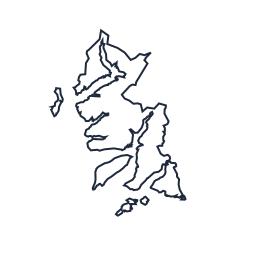 Loppa nor, Finnmark, Norway, rotated 229°
{"feature_id": "86288312B40106717450016", "entity_name": "Loppa nor", "entity_type": "district", "adm_level": 2, "iso_a3": "NOR", "parent_name": "Norway", "parent_adm1": "Finnmark", "projection": "orthographic", "projection_center": [21.938, 70.216], "detail": "fine", "context": "isolated", "style": "outline", "palette": "slate", "viewbox_px": 256, "rotation_deg": 229, "n_neighbors": 0, "source": "geoboundaries", "source_scale": "gbopen_adm2", "svg_char_len": 5891}
<svg xmlns="http://www.w3.org/2000/svg" viewBox="0 0 256 256"><g transform="rotate(229 128 128)"><path d="M194.1,113.5L190.5,113.2L187.3,111.0L186.2,111.6L187.0,113.3L185.6,115.4L186.6,118.3L185.8,119.4L187.9,122.3L186.7,122.7L185.7,121.6L184.5,121.8L184.2,123.5L184.7,125.8L184.4,126.7L185.2,130.0L184.9,131.0L185.2,131.7L184.8,132.8L184.8,135.0L184.2,136.0L184.5,138.8L183.3,141.0L183.7,141.6L183.0,143.8L182.3,144.2L181.8,143.3L181.5,144.0L182.2,145.8L181.8,145.8L181.3,147.3L179.0,148.3L180.5,149.0L180.0,149.7L180.9,151.4L182.3,150.9L183.3,152.0L191.7,150.7L197.4,152.1L198.6,154.2L202.2,154.9L203.4,157.1L207.5,159.8L208.2,160.9L208.0,161.7L208.3,162.6L210.1,163.9L211.0,166.3L208.3,164.1L206.8,165.3L205.9,163.3L204.5,162.0L198.2,159.9L193.5,156.3L188.5,157.3L185.4,156.4L185.4,159.9L184.7,160.3L184.9,162.4L183.9,161.5L182.8,158.9L181.7,160.0L180.8,159.1L180.4,159.8L176.5,158.5L173.0,161.2L170.4,161.6L169.9,160.6L170.0,159.0L168.6,158.4L172.7,155.5L174.5,153.1L174.3,151.4L173.3,151.1L172.2,152.4L171.3,152.1L171.1,151.0L172.5,149.1L173.4,145.4L173.1,144.1L174.0,142.5L174.1,141.9L173.7,141.4L174.1,140.7L173.9,140.7L175.2,138.5L175.8,136.4L176.5,132.3L176.0,131.5L176.4,130.7L176.7,126.3L175.9,124.8L171.6,128.1L170.5,127.2L175.2,122.4L176.4,122.6L176.2,121.5L177.1,120.3L177.1,117.9L176.0,117.7L176.0,115.6L177.1,113.5L176.9,111.1L178.4,109.2L179.9,105.1L178.8,103.4L177.3,103.0L176.7,103.8L175.6,102.1L171.3,100.8L170.9,102.5L169.5,100.7L168.2,100.1L163.8,101.4L160.8,100.8L159.0,103.0L159.2,106.3L159.5,106.7L159.7,107.7L159.4,106.8L158.5,107.2L158.0,107.1L159.2,107.6L159.3,107.8L158.0,107.4L157.9,107.0L158.3,106.8L157.5,106.3L156.7,106.8L155.8,105.3L156.4,107.2L155.4,110.3L155.7,113.0L155.5,115.2L156.2,119.2L153.7,120.0L151.9,122.6L151.0,121.9L151.2,121.3L150.9,121.0L153.2,117.7L152.8,117.1L153.2,113.5L152.4,112.1L152.8,110.7L152.4,108.2L152.8,105.5L154.3,102.7L153.5,100.7L153.8,99.6L153.2,98.2L154.0,95.2L151.3,91.1L149.4,91.3L147.5,92.4L147.4,93.4L146.5,94.6L145.1,95.0L144.2,97.3L143.1,97.9L141.2,101.0L137.0,103.5L135.9,105.4L135.9,103.7L135.4,103.5L136.0,102.3L135.9,101.5L141.9,95.1L143.3,94.5L142.6,92.9L143.1,90.3L143.5,90.1L143.2,87.4L139.8,85.3L135.5,85.3L131.7,90.6L129.5,91.7L127.5,96.0L121.8,104.0L115.9,109.0L115.1,109.0L114.3,111.8L115.2,113.2L114.3,114.2L115.1,114.9L115.1,116.0L113.3,116.0L113.2,117.5L113.9,118.0L112.6,117.5L111.8,118.5L112.7,119.2L113.4,118.6L113.2,119.4L114.2,118.9L113.6,119.9L114.6,120.9L114.4,121.5L114.8,122.1L119.9,127.6L125.5,128.2L125.2,129.3L119.8,130.0L118.1,132.4L119.3,138.8L121.6,142.7L123.9,144.6L124.0,146.3L123.5,147.4L123.9,150.2L123.0,151.6L124.7,155.0L124.3,156.7L122.5,156.0L121.9,153.5L121.9,152.0L121.1,149.8L121.0,146.4L120.4,145.4L117.5,144.8L117.1,143.5L115.7,143.1L114.6,141.4L114.1,135.6L113.0,132.7L113.2,130.6L111.7,127.3L109.1,126.5L105.8,128.1L105.5,127.8L106.3,127.1L106.1,126.7L107.0,124.1L107.1,122.5L106.7,120.9L105.3,120.7L104.9,121.4L102.9,117.5L99.4,115.0L96.8,111.6L92.4,110.5L92.0,109.9L92.3,109.2L91.7,109.3L92.6,108.9L91.8,107.1L90.4,106.6L87.9,101.8L86.8,101.2L85.9,97.5L87.8,89.6L87.3,88.7L87.2,87.4L84.6,89.0L80.3,89.6L78.9,91.3L77.4,91.5L75.3,94.8L75.0,97.0L76.5,100.8L76.8,106.6L77.5,109.8L77.1,110.3L77.2,118.5L74.9,122.3L74.8,126.3L77.3,129.2L77.6,130.8L75.8,131.6L77.7,135.7L77.2,136.3L75.8,134.5L74.4,134.2L75.1,132.1L72.3,128.9L70.1,127.5L68.9,125.5L68.4,122.3L69.4,119.5L69.3,117.9L70.4,114.5L70.4,112.9L69.1,109.5L68.4,106.2L67.7,105.9L61.2,109.3L58.9,109.3L57.8,110.9L57.5,113.4L55.6,114.5L52.9,112.1L51.5,112.5L50.9,113.0L51.4,113.4L48.1,115.4L46.1,118.1L45.4,120.2L44.8,118.4L43.4,120.3L41.8,121.0L41.7,123.2L41.2,122.6L40.6,124.7L39.6,124.5L39.1,121.3L36.7,123.8L36.7,124.8L39.6,125.8L41.4,125.3L47.5,126.6L52.1,129.1L55.8,132.9L59.1,133.1L61.3,134.9L68.1,136.5L68.3,137.5L67.6,138.4L67.7,139.5L69.3,140.5L70.6,140.5L73.5,137.6L75.0,137.8L75.6,136.9L76.5,137.5L77.3,139.7L79.0,140.7L81.7,140.4L83.4,136.8L87.1,135.8L94.7,138.0L94.1,140.0L92.1,142.2L93.7,143.8L93.6,144.9L94.4,146.7L95.6,146.6L98.3,148.8L99.2,151.9L101.9,152.3L101.1,153.4L103.8,155.8L106.4,156.4L105.3,159.4L105.2,160.7L106.4,163.0L115.0,165.0L118.1,168.0L118.5,169.7L120.2,171.4L126.2,167.5L125.4,160.5L130.9,155.9L131.0,149.8L137.5,153.2L140.2,151.5L142.8,148.0L147.8,147.0L152.4,144.8L157.2,145.2L158.5,157.1L157.9,159.7L155.5,161.9L157.3,164.4L163.9,185.0L168.4,184.9L168.4,185.9L169.3,187.2L169.9,194.7L172.2,188.2L176.2,185.4L176.1,179.6L177.6,174.7L187.0,175.0L195.2,172.7L205.0,167.5L210.6,173.8L219.3,171.7L213.6,164.8L212.7,149.6L212.9,147.5L211.4,145.7L206.2,144.0L204.6,138.9L196.6,131.0L199.4,127.1L198.6,124.4L196.6,121.8L194.8,122.0L193.2,120.2L193.5,116.7L193.3,115.1L194.1,113.5ZM103.7,112.1L108.1,109.7L111.4,104.8L114.0,98.0L114.1,94.1L114.7,91.1L116.7,87.2L118.2,80.2L118.0,77.6L116.3,74.6L110.4,69.7L108.3,67.1L105.8,61.9L104.3,61.3L103.9,62.1L103.8,63.5L104.5,64.3L104.4,65.5L105.0,66.6L104.5,67.8L104.6,69.6L104.1,70.4L101.3,70.5L101.2,72.6L102.2,74.8L102.9,79.2L102.2,83.5L101.8,89.9L101.1,93.2L100.9,97.6L101.2,101.6L100.8,103.0L103.9,109.5L103.7,112.1ZM205.2,99.9L204.1,98.6L203.5,96.5L199.6,96.5L195.7,94.5L194.7,92.4L195.0,91.0L194.8,89.4L192.7,87.3L193.9,84.5L193.1,85.1L192.1,82.7L192.2,82.0L185.2,80.1L185.0,82.2L185.9,83.4L185.5,83.9L186.7,87.2L189.3,90.0L191.1,94.4L194.0,94.6L191.2,94.9L191.0,95.6L192.5,97.7L197.6,99.3L202.2,102.6L205.2,99.9ZM72.7,71.5L71.7,70.7L71.3,69.4L71.4,64.7L70.8,62.3L68.5,62.9L67.7,67.7L68.7,69.5L69.4,69.6L67.9,71.4L67.3,71.0L67.2,71.8L65.8,72.4L63.9,75.5L65.8,77.3L64.4,77.8L64.7,78.4L66.7,78.3L67.0,79.3L69.3,79.7L65.4,84.0L68.4,84.8L66.9,85.7L66.7,86.7L67.5,87.6L69.4,86.2L69.8,85.0L73.8,82.9L74.4,79.5L71.9,79.9L71.3,78.6L73.1,74.5L73.2,72.9L72.6,72.3L72.7,71.5ZM65.1,90.0L62.9,89.0L58.8,90.6L58.6,91.9L59.5,94.5L60.0,94.3L60.1,96.3L64.7,96.1L65.1,95.0L64.9,93.3L65.3,91.2L65.1,90.0Z" fill="none" stroke="#1e293b" stroke-width="2"/></g></svg>